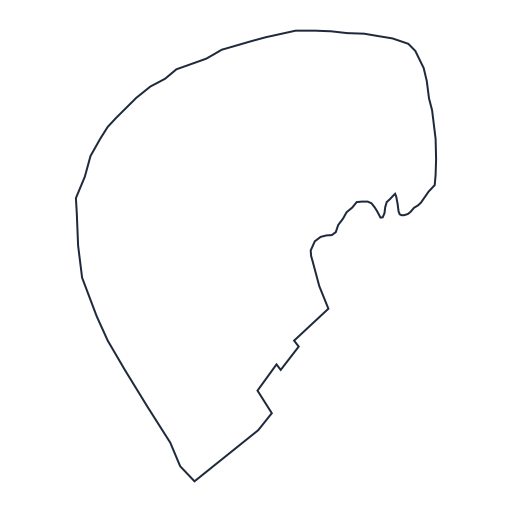 the district of Kulia, Tuvalu
{"feature_id": "33948139B40039870662783", "entity_name": "Kulia", "entity_type": "district", "adm_level": 2, "iso_a3": "TUV", "parent_name": "Tuvalu", "parent_adm1": "", "projection": "equal_earth", "projection_center": [177.336, -6.107], "detail": "fine", "context": "isolated", "style": "outline", "palette": "slate", "viewbox_px": 512, "rotation_deg": 0, "n_neighbors": 0, "source": "geoboundaries", "source_scale": "gbopen_adm2", "svg_char_len": 1203}
<svg xmlns="http://www.w3.org/2000/svg" viewBox="0 0 512 512"><path d="M194.5,481.3L258.2,430.2L271.8,413.2L257.5,390.6L276.5,364.4L280.7,369.9L298.7,346.6L294.1,340.6L328.4,308.7L319.3,286.2L312.7,261.6L311.1,255.9L310.7,250.5L314.8,241.3L320.6,236.9L326.5,235.4L331.8,235.1L335.8,232.1L338.2,225.0L343.1,218.5L346.6,212.2L352.3,207.5L356.7,202.1L361.8,201.6L367.7,201.6L371.5,203.3L374.8,207.5L377.2,211.4L380.5,217.6L382.7,217.3L384.5,213.1L385.2,207.2L386.7,202.1L390.2,198.9L392.4,196.5L395.1,193.8L396.2,196.5L397.5,203.3L398.6,211.6L399.7,214.3L401.5,215.2L404.1,215.2L407.9,214.0L410.5,211.9L414.0,207.8L418.0,205.4L420.9,202.7L428.6,191.6L434.7,185.1L435.6,175.0L436.1,159.0L435.6,138.8L432.1,110.3L429.0,98.4L426.8,81.2L423.7,68.1L415.3,50.9L408.3,43.8L392.4,38.4L378.3,36.1L364.2,33.7L347.0,33.1L331.2,31.3L315.7,30.7L295.5,30.7L265.5,37.3L250.5,41.4L245.0,43.0L221.8,49.7L206.4,58.6L176.4,69.3L165.0,78.8L150.4,86.5L136.3,97.8L116.0,118.0L107.7,126.9L100.2,138.8L90.5,156.0L84.8,176.8L75.9,198.1L76.8,213.6L78.1,245.6L82.1,277.7L96.7,316.3L107.7,340.6L124.9,370.0L147.3,406.5L170.3,442.7L179.5,464.7L180.4,466.5L192.4,479.1L194.5,481.3Z" fill="none" stroke="#1e293b" stroke-width="2"/></svg>